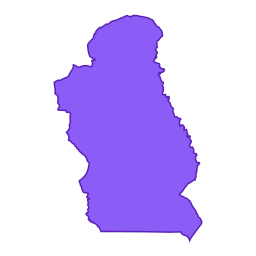 the district of Derre, Zambezia, Mozambique
{"feature_id": "85939544B72257349680566", "entity_name": "Derre", "entity_type": "district", "adm_level": 2, "iso_a3": "MOZ", "parent_name": "Mozambique", "parent_adm1": "Zambezia", "projection": "mercator", "projection_center": [36.148, -17.057], "detail": "fine", "context": "isolated", "style": "filled", "palette": "violet", "viewbox_px": 256, "rotation_deg": 0, "n_neighbors": 0, "source": "geoboundaries", "source_scale": "gbopen_adm2", "svg_char_len": 5714}
<svg xmlns="http://www.w3.org/2000/svg" viewBox="0 0 256 256"><path d="M197.6,165.6L199.3,163.7L199.5,163.2L199.5,162.9L199.1,162.7L197.5,162.5L196.9,162.1L196.3,161.2L195.9,160.7L195.6,159.7L195.5,157.5L195.9,156.3L196.7,155.3L196.7,154.6L196.3,153.8L195.8,153.6L194.9,153.5L193.9,153.2L193.6,152.7L193.8,150.6L193.7,149.6L192.5,147.2L192.3,147.0L191.2,147.3L190.5,147.1L189.8,146.5L189.7,145.5L189.8,144.7L190.6,143.1L191.2,142.2L191.3,141.4L191.2,140.8L191.0,140.4L190.0,139.6L189.7,138.9L189.7,138.2L190.2,136.4L190.0,136.1L189.6,135.9L188.4,135.9L188.3,136.0L188.3,137.0L187.9,137.3L187.4,137.1L187.0,136.6L186.8,135.8L186.9,135.1L187.4,134.7L187.7,134.2L187.7,133.7L187.1,132.8L186.9,132.0L186.8,130.8L186.6,130.0L186.3,129.5L186.2,129.5L184.6,130.1L184.3,130.1L183.8,130.0L183.7,129.7L184.4,128.3L184.4,127.5L184.3,127.0L183.1,125.4L182.5,124.9L182.2,124.9L181.4,125.2L180.5,126.0L180.2,126.1L179.9,126.0L179.8,124.6L179.4,123.6L179.6,122.6L179.6,120.6L180.0,120.0L180.6,119.6L180.7,119.2L180.6,118.8L180.3,118.5L179.0,118.4L178.5,118.3L177.8,117.8L176.8,116.8L175.2,116.8L174.8,116.6L174.4,116.0L174.3,115.2L173.8,114.3L173.0,111.5L173.2,108.6L173.0,108.1L171.1,106.6L170.8,105.9L170.6,104.5L170.0,103.1L168.8,101.5L168.1,101.0L168.1,100.7L168.2,100.3L169.0,99.4L169.2,99.0L169.2,97.0L168.6,96.5L168.0,96.6L167.5,97.0L167.3,97.6L167.0,97.9L166.8,97.8L166.4,97.2L165.5,94.9L165.2,94.4L163.9,94.8L163.1,94.7L162.7,94.5L162.3,93.8L162.5,92.8L163.3,90.9L163.4,87.5L163.1,86.9L162.6,86.3L162.4,85.6L162.6,84.6L163.2,83.7L163.4,83.0L163.0,82.3L161.8,81.5L161.0,80.3L159.9,76.6L159.0,75.8L158.4,75.5L158.2,75.0L158.8,74.3L160.1,74.1L160.1,73.9L159.9,73.6L159.3,73.1L159.2,72.9L159.4,72.6L160.4,72.8L161.3,72.7L162.4,72.0L163.3,71.8L163.7,71.5L163.9,71.2L164.2,70.0L164.4,69.7L164.4,69.4L164.1,69.1L163.7,68.9L162.4,68.8L161.7,68.7L161.3,68.4L160.5,67.4L159.5,67.1L159.4,67.0L159.4,66.6L159.7,64.8L159.5,64.0L159.3,63.7L156.8,63.1L155.6,62.4L154.7,62.2L154.0,61.8L153.6,61.1L153.8,60.4L154.8,59.2L155.1,58.4L155.4,58.1L156.2,58.0L156.4,57.8L156.2,57.2L155.4,56.6L155.4,56.4L155.8,56.2L156.4,56.4L156.2,54.6L157.3,52.9L157.1,52.1L156.1,50.8L155.8,49.4L156.1,48.0L156.9,47.7L157.3,47.3L157.2,46.6L156.8,45.8L157.0,44.2L156.7,43.1L157.1,41.1L157.5,40.7L158.6,40.1L160.7,37.3L162.2,36.3L162.5,35.9L162.3,33.5L162.0,32.0L161.3,30.4L159.8,28.6L158.8,27.2L158.1,26.7L157.1,26.4L156.6,26.0L155.8,24.6L154.2,22.8L153.7,21.3L152.7,20.0L151.4,19.6L150.5,19.1L147.7,17.8L146.0,17.4L141.1,16.5L139.9,16.4L138.0,15.8L133.9,15.4L133.0,15.6L132.1,16.2L130.9,16.6L129.7,16.6L128.7,16.3L127.2,15.6L125.4,16.1L123.5,17.1L119.9,18.5L116.0,20.3L112.1,21.2L110.3,22.4L108.4,23.9L107.6,24.3L105.8,24.2L104.8,25.3L103.2,26.2L101.4,27.5L100.8,27.7L99.9,27.4L99.7,27.6L99.6,28.0L98.9,28.2L96.6,30.5L96.0,31.4L95.5,33.3L95.2,33.5L94.5,33.6L94.4,34.6L93.6,35.7L93.6,37.5L93.1,38.4L92.4,39.1L91.5,39.8L90.0,41.7L89.2,42.4L87.9,44.4L87.7,44.9L87.7,46.0L87.9,47.5L88.1,50.4L88.5,51.7L88.8,53.4L89.7,55.8L90.2,56.6L90.6,57.0L92.9,58.4L94.4,59.0L95.2,59.8L95.2,60.0L94.5,60.2L92.3,60.3L91.9,60.6L91.8,61.5L92.6,62.2L92.7,62.8L92.4,63.7L92.2,65.2L91.8,66.4L91.0,66.7L90.2,66.6L87.1,65.7L85.1,65.6L82.3,66.0L79.5,67.3L79.1,67.3L78.5,67.2L77.4,66.8L75.2,65.5L73.6,64.9L73.2,65.0L73.2,65.6L73.5,66.7L72.8,68.4L71.4,70.9L70.4,72.3L68.1,76.8L67.8,77.0L66.3,77.5L64.1,78.4L61.0,79.9L59.6,80.5L58.5,80.2L57.9,80.3L55.9,81.3L54.2,82.5L55.3,90.6L55.0,91.8L55.0,93.0L55.2,93.5L55.7,94.4L57.0,94.9L57.6,95.6L57.7,96.6L58.3,98.9L58.0,100.7L57.8,101.1L57.7,102.7L57.9,103.2L59.2,105.0L59.5,105.7L59.4,106.8L58.1,108.5L58.0,109.9L58.7,110.1L64.3,110.4L65.3,110.3L65.8,110.4L66.1,111.5L66.7,112.4L67.5,112.1L69.0,112.3L69.8,112.9L70.7,114.1L70.3,115.5L70.1,116.7L70.2,120.0L70.3,122.3L70.0,123.6L69.6,124.4L69.3,125.4L69.6,126.2L69.6,128.1L68.2,130.6L67.5,131.3L66.8,131.8L66.5,132.4L68.1,134.7L68.8,136.3L68.9,137.9L68.5,140.2L71.0,141.4L72.2,143.1L72.9,143.7L74.7,144.3L74.9,145.9L76.2,146.9L76.6,147.4L77.2,148.9L78.4,149.2L79.3,151.1L82.6,154.1L84.2,155.1L85.2,156.1L86.1,157.5L86.6,158.5L87.0,160.1L87.5,161.2L88.8,162.4L89.4,163.2L89.0,164.3L88.6,167.1L87.9,169.8L86.9,172.7L86.4,173.7L84.4,176.4L81.9,178.9L79.9,180.3L79.5,180.7L79.2,181.2L79.4,182.0L80.4,184.1L80.4,185.4L81.5,186.8L81.8,187.6L81.6,188.4L81.9,189.2L82.7,190.5L83.0,191.8L83.8,192.4L88.3,193.4L88.3,193.8L88.0,194.7L87.2,195.9L86.8,197.0L87.0,197.5L89.6,198.7L89.6,198.8L89.2,199.0L88.2,199.0L87.8,199.2L87.7,199.6L87.7,200.6L88.3,202.7L88.3,203.2L87.9,204.1L87.8,204.8L88.0,205.5L88.7,206.5L88.8,207.4L88.6,208.4L87.7,209.3L87.8,209.8L88.2,210.5L88.2,211.5L87.7,212.5L86.5,213.1L86.0,213.9L86.6,215.0L87.0,215.2L87.4,215.2L87.9,216.0L88.4,216.4L88.7,217.6L88.4,218.9L88.6,219.8L88.9,220.0L89.9,219.9L90.1,220.4L89.9,221.3L90.0,221.4L90.5,221.6L90.9,221.5L91.0,221.3L91.4,221.3L91.6,221.9L91.7,222.1L92.3,222.1L92.8,222.7L93.5,223.0L94.6,223.2L95.5,223.9L96.3,224.4L96.9,224.9L97.2,225.6L97.7,225.6L98.2,227.0L99.4,227.5L101.0,231.5L115.9,231.5L144.3,231.7L169.2,232.1L180.9,231.9L181.6,233.5L181.9,233.8L183.3,234.7L185.4,235.6L186.4,235.8L187.4,236.4L189.1,238.8L189.6,240.6L190.6,238.6L191.2,237.6L197.3,229.1L200.8,224.6L201.4,223.4L201.8,222.2L201.8,221.7L200.0,218.2L198.5,217.0L198.2,216.5L197.7,214.7L196.8,213.5L195.8,211.1L194.7,209.3L193.1,207.2L191.5,204.3L190.4,201.9L189.8,201.0L188.9,200.2L186.8,198.5L185.4,198.0L183.1,196.6L181.6,196.2L179.4,194.6L179.8,193.9L180.8,193.0L182.3,191.4L184.1,188.8L185.0,187.2L186.2,186.1L187.6,184.0L190.6,182.3L191.5,181.6L194.1,180.0L195.1,179.9L195.1,178.6L195.3,178.1L195.8,177.5L196.0,177.0L195.9,175.6L196.0,174.2L196.9,170.7L196.9,168.9L197.2,167.5L197.3,166.3L197.6,165.6Z" fill="#8b5cf6" stroke="#5b21b6" stroke-width="1.5"/></svg>